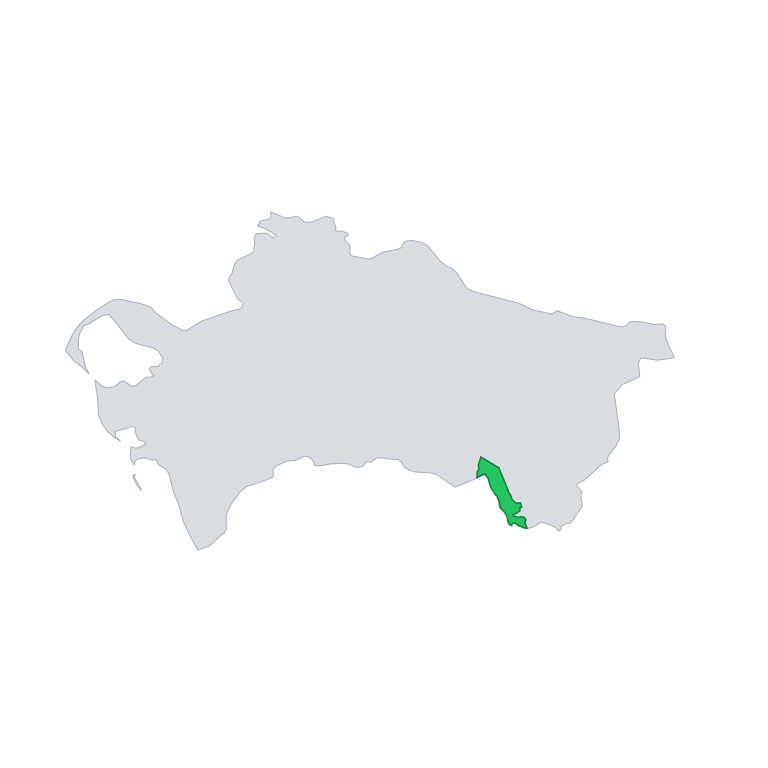 location of Serakhs, Ahal, Turkmenistan, rotated 338°
{"feature_id": "10190150B96789976776616", "entity_name": "Serakhs", "entity_type": "district", "adm_level": 2, "iso_a3": "TKM", "parent_name": "Turkmenistan", "parent_adm1": "Ahal", "projection": "equal_earth", "projection_center": [61.378, 36.209], "detail": "fine", "context": "in_parent", "style": "filled", "palette": "green", "viewbox_px": 768, "rotation_deg": 338, "n_neighbors": 0, "source": "geoboundaries", "source_scale": "gbopen_adm2", "svg_char_len": 4758}
<svg xmlns="http://www.w3.org/2000/svg" viewBox="0 0 768 768"><g transform="rotate(338 384 384)"><path d="M238.7,257.3L270.3,259.1L280.0,260.4L284.1,255.9L283.9,254.8L282.5,253.8L280.2,250.7L278.5,229.6L281.4,226.5L284.6,224.4L289.3,217.8L291.8,215.7L295.4,214.0L307.5,213.6L312.6,212.3L317.0,204.8L318.0,200.4L321.3,196.9L323.1,197.0L331.3,200.0L333.0,201.5L335.7,207.0L338.8,206.6L339.2,205.7L338.9,204.5L336.6,201.1L331.6,194.9L326.7,191.0L326.3,189.7L330.6,186.6L339.1,187.9L341.3,186.9L343.6,182.0L354.8,193.1L356.9,194.2L366.0,195.7L367.5,197.2L370.5,203.7L373.5,205.4L377.4,206.6L393.4,206.9L398.4,211.2L399.2,212.3L398.3,215.3L397.9,221.2L396.6,223.5L397.4,224.5L403.1,226.9L406.5,230.7L406.8,232.3L405.9,233.4L403.2,232.9L401.9,234.6L401.8,237.7L403.7,240.5L404.3,243.2L401.5,249.3L401.4,251.9L402.3,253.3L416.8,262.6L419.1,262.9L433.2,261.2L435.8,262.2L448.1,264.3L451.6,264.0L453.9,261.0L456.1,259.8L458.2,259.7L464.1,261.6L470.3,265.6L474.4,269.3L476.4,272.6L482.1,290.7L485.9,298.2L490.3,302.0L493.4,309.2L496.2,324.7L497.9,327.9L504.6,334.1L539.2,359.5L549.7,371.0L565.9,382.0L571.9,380.8L584.6,392.5L592.7,397.0L603.2,404.1L625.2,420.1L629.9,420.8L635.1,418.5L639.8,419.8L648.0,424.0L657.0,430.2L664.5,432.3L666.7,435.1L666.8,436.5L662.8,444.4L662.4,454.4L663.2,467.9L661.1,468.1L646.3,464.3L632.1,456.0L628.8,458.7L627.2,461.5L623.9,473.1L604.9,473.8L593.8,479.5L584.1,517.6L582.0,522.3L575.8,528.6L564.9,534.7L563.3,537.2L562.9,539.5L561.6,540.2L555.6,540.2L532.6,548.5L527.5,548.5L525.5,549.2L524.7,550.7L527.2,558.4L525.2,560.6L523.8,564.4L522.7,571.0L507.5,581.4L504.3,582.6L498.3,581.6L495.1,582.7L491.9,586.0L490.4,585.0L489.6,581.7L487.9,579.5L478.5,571.1L467.6,572.5L463.5,571.8L460.3,570.4L455.3,565.6L452.1,561.0L448.7,561.5L447.8,559.4L447.6,556.9L448.6,553.8L448.3,548.0L446.4,543.9L444.3,542.1L446.7,535.4L446.7,530.5L445.2,525.1L444.6,517.3L445.0,509.8L442.9,506.0L411.1,506.3L399.8,488.7L395.1,484.4L379.4,477.0L375.1,473.0L371.5,468.7L370.7,462.7L369.0,459.2L366.5,458.6L354.2,451.7L349.3,449.9L342.5,451.6L338.5,449.6L333.8,452.3L331.8,452.5L326.7,450.8L320.6,444.5L315.4,442.0L304.5,438.0L296.8,436.7L290.1,434.3L289.4,433.4L289.3,428.1L288.4,425.9L286.5,423.3L283.8,421.3L272.2,421.5L266.9,419.5L262.6,419.2L253.3,419.6L250.3,421.0L248.5,422.7L247.3,427.8L246.3,428.6L237.3,428.8L218.2,427.6L210.1,430.2L197.4,438.1L190.1,444.8L187.9,447.8L183.4,459.6L181.5,461.3L179.0,462.7L176.5,463.0L165.0,467.6L160.6,468.7L149.3,468.2L147.1,450.6L146.6,436.8L148.5,417.6L148.4,405.4L150.8,386.8L150.3,382.3L144.8,374.1L144.2,368.4L140.7,368.1L135.1,363.3L129.6,361.5L126.8,361.4L124.2,362.7L122.2,365.5L121.1,361.2L121.3,356.6L126.1,347.3L128.8,350.0L132.1,351.1L140.7,350.6L140.0,347.4L135.7,344.1L135.0,339.9L135.5,335.5L136.8,331.4L135.5,329.8L133.6,328.7L128.9,328.8L116.9,327.3L115.3,332.1L118.4,338.5L113.2,331.2L109.7,323.8L107.7,315.1L107.6,305.7L112.9,290.6L117.4,272.2L121.7,279.9L125.0,283.3L132.4,285.5L136.0,285.0L140.0,283.0L143.7,283.6L149.3,291.6L153.6,292.5L162.4,289.5L166.6,288.8L170.2,290.2L173.9,290.2L172.4,286.4L171.8,282.8L174.1,280.9L180.9,282.9L186.5,280.8L187.5,279.8L188.2,276.7L187.6,270.4L186.4,267.8L183.4,264.0L171.4,255.2L167.4,251.6L164.2,247.1L159.2,228.9L155.4,217.4L153.8,216.0L146.8,215.1L133.2,217.9L128.4,217.3L126.2,218.5L120.5,223.4L117.7,227.5L113.7,237.1L116.3,240.2L113.5,256.3L114.5,263.2L114.0,263.7L110.3,255.1L105.2,246.6L101.2,233.5L109.6,225.0L116.7,219.0L124.3,214.5L132.1,211.5L149.5,206.8L159.1,205.1L166.8,204.8L172.6,207.6L188.3,218.1L195.1,223.9L197.0,226.3L198.7,232.0L209.9,250.3L212.7,252.9L217.0,258.7L221.4,260.4L238.7,257.3ZM119.4,390.0L118.9,392.5L117.0,385.0L116.2,376.8L117.7,374.4L119.3,374.6L117.7,377.5L119.4,390.0Z" fill="#d9dde1" stroke="#a8b0b8" stroke-width="1"/><path d="M435.1,505.5L442.1,504.9L444.1,505.5L444.9,508.5L445.3,511.3L444.7,514.9L444.3,518.0L444.5,521.4L445.3,525.2L445.6,528.3L446.8,529.9L446.8,535.0L446.6,537.4L445.8,540.2L446.0,542.9L446.4,545.3L447.1,546.6L447.9,549.0L448.3,551.4L448.5,553.3L448.1,555.1L447.3,557.8L447.3,559.8L448.3,562.5L449.6,562.9L450.0,562.1L451.3,561.3L453.6,561.9L455.5,565.6L457.6,567.4L460.1,569.9L462.6,571.3L462.7,565.4L462.9,565.2L464.3,563.5L464.8,562.3L464.1,560.9L463.8,559.8L463.5,559.4L462.3,559.4L461.2,558.0L458.7,558.2L456.3,555.9L454.4,555.3L454.4,553.7L454.5,553.7L458.9,553.3L462.2,552.7L462.8,552.3L463.5,549.8L463.8,549.8L463.9,549.6L465.6,549.8L465.9,545.2L465.4,545.1L464.8,545.1L464.6,545.0L463.5,544.3L461.6,544.1L460.8,542.0L459.5,539.3L459.8,534.3L459.6,533.4L459.3,532.8L458.9,529.2L459.3,529.2L459.1,504.7L446.4,487.9L445.8,488.8L444.7,490.3L442.9,492.3L441.9,493.6L440.8,495.1L440.2,498.5L437.7,500.1L435.1,505.5L435.1,505.5Z" fill="#22c55e" stroke="#15803d" stroke-width="1.5"/></g></svg>